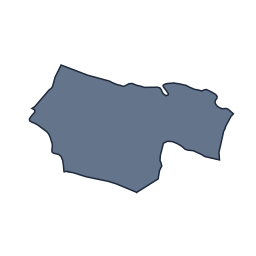 SVG path tracing the border of Hajjah, rotated 290°
{"feature_id": "YEM-154", "entity_name": "Hajjah", "entity_type": "Governorate", "adm_level": 1, "iso_a3": "YEM", "parent_name": "Yemen", "parent_adm1": "", "projection": "equal_earth", "projection_center": [43.354, 16.097], "detail": "fine", "context": "isolated", "style": "filled", "palette": "slate", "viewbox_px": 256, "rotation_deg": 290, "n_neighbors": 0, "source": "natural_earth", "source_scale": "10m", "svg_char_len": 1525}
<svg xmlns="http://www.w3.org/2000/svg" viewBox="0 0 256 256"><g transform="rotate(290 128 128)"><path d="M110.8,34.9L112.9,34.4L113.6,31.3L113.6,31.1L116.1,33.1L136.7,40.8L138.9,42.3L141.4,42.9L150.7,42.1L164.3,43.6L163.8,72.1L165.7,94.6L165.3,97.3L165.1,100.9L165.1,103.8L165.5,106.2L165.4,108.6L166.2,110.4L169.9,113.7L171.3,116.6L171.1,121.5L171.6,125.6L171.7,129.3L176.5,142.0L176.5,144.4L175.3,146.2L173.7,147.7L172.4,149.2L171.8,150.9L171.3,152.6L172.8,154.4L174.2,154.1L178.9,147.0L180.1,146.4L181.3,147.2L182.8,148.9L185.9,155.4L187.1,161.6L187.9,168.2L187.4,171.4L187.1,177.3L187.8,181.3L188.0,184.5L190.1,186.9L191.0,188.5L190.4,194.5L189.5,198.9L188.2,200.9L186.3,201.4L184.0,200.7L182.1,200.9L180.4,202.2L179.4,203.7L178.7,205.4L178.4,207.6L178.3,209.8L180.0,213.8L179.8,216.0L177.4,222.2L174.1,220.8L162.9,219.2L160.3,219.4L157.7,219.0L136.2,221.8L129.3,224.9L127.5,210.5L127.7,208.3L128.2,206.7L129.0,197.1L127.6,191.7L127.6,188.7L128.6,186.4L129.5,183.6L130.2,179.4L130.4,174.2L129.0,169.6L125.8,166.5L113.2,167.8L108.4,169.2L106.6,170.9L103.9,172.7L98.7,172.2L90.4,173.7L70.5,158.2L70.4,158.2L70.5,157.9L71.5,135.4L71.1,127.8L67.8,104.7L67.3,92.4L67.2,91.3L66.5,87.9L66.6,88.0L66.6,87.5L66.6,86.7L66.5,85.7L66.1,84.8L65.1,83.2L65.0,82.8L70.8,80.1L75.2,77.7L78.3,74.9L79.4,72.2L79.2,69.6L78.9,67.1L79.4,64.9L80.7,64.2L85.4,63.0L87.2,62.2L92.6,58.1L95.3,55.5L96.8,52.7L100.0,42.0L100.5,38.8L100.6,35.4L101.2,33.1L102.8,32.2L105.9,33.0L110.8,34.9Z" fill="#64748b" stroke="#1e293b" stroke-width="1.5"/></g></svg>